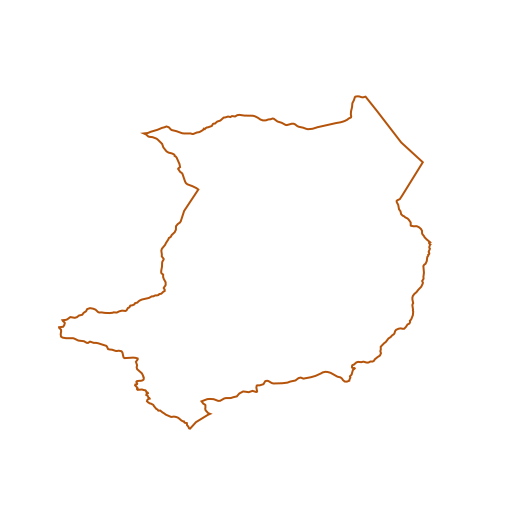 outline of Chambo, Chimborazo, Ecuador, rotated 287°
{"feature_id": "8360857B64832470835751", "entity_name": "Chambo", "entity_type": "district", "adm_level": 2, "iso_a3": "ECU", "parent_name": "Ecuador", "parent_adm1": "Chimborazo", "projection": "equal_earth", "projection_center": [-78.546, -1.744], "detail": "fine", "context": "isolated", "style": "outline", "palette": "amber", "viewbox_px": 512, "rotation_deg": 287, "n_neighbors": 0, "source": "geoboundaries", "source_scale": "gbopen_adm2", "svg_char_len": 6069}
<svg xmlns="http://www.w3.org/2000/svg" viewBox="0 0 512 512"><g transform="rotate(287 256 256)"><path d="M397.1,277.1L394.2,272.9L392.4,268.5L392.3,266.4L392.5,263.6L392.1,259.2L392.3,257.6L393.4,254.6L393.5,253.4L393.0,251.6L390.2,247.2L390.0,246.0L390.9,241.7L390.9,237.5L391.1,236.6L392.4,233.1L392.4,231.8L391.0,229.9L390.2,227.9L388.6,225.8L387.7,223.0L387.8,220.3L388.7,217.6L389.2,214.8L389.3,213.4L389.2,211.9L386.9,203.9L386.1,198.8L385.2,196.9L383.3,195.2L382.9,192.6L382.6,191.9L381.4,190.9L381.2,188.5L379.6,186.2L378.9,184.6L375.1,182.3L373.2,179.6L370.6,178.0L370.2,176.8L369.6,176.2L367.4,175.7L364.9,172.3L364.7,171.6L363.5,170.4L362.3,169.9L362.5,168.9L360.9,168.4L358.5,166.2L357.8,165.4L356.8,163.3L354.4,160.4L354.1,159.6L354.0,157.3L352.3,152.0L351.8,149.6L352.1,143.3L351.8,138.5L352.2,137.4L353.6,135.0L353.7,132.5L352.4,130.9L351.0,128.6L347.9,124.9L344.0,119.0L342.0,116.6L340.4,112.9L340.1,115.4L338.8,118.0L338.8,119.2L339.4,122.2L339.2,125.9L338.9,127.4L335.8,133.4L332.7,135.7L329.9,139.8L329.3,142.1L329.5,145.3L329.3,147.3L329.0,148.2L328.6,148.7L327.9,148.9L327.6,150.3L326.8,151.4L321.6,155.9L318.8,157.4L317.0,156.1L316.5,156.1L314.3,158.8L313.6,160.9L313.0,161.7L306.6,166.3L305.2,167.7L304.5,169.4L304.2,174.7L303.5,179.2L302.7,181.4L278.1,174.1L267.3,173.9L265.8,173.5L263.6,171.8L261.1,170.8L257.7,171.7L255.0,171.3L251.5,169.3L249.2,168.8L247.7,167.4L246.2,167.3L242.1,166.1L240.0,165.8L235.5,163.9L233.4,163.9L230.0,165.5L228.1,166.0L226.3,168.5L225.7,168.7L223.1,168.1L222.1,168.2L218.4,169.2L214.1,169.7L212.4,170.2L211.8,170.7L211.1,172.6L208.6,173.4L207.0,174.6L204.5,177.2L202.2,178.0L201.3,178.0L198.7,177.1L198.1,177.3L197.2,178.5L195.8,178.9L194.7,177.8L192.3,176.5L191.3,174.6L190.1,174.1L189.2,172.4L188.9,171.2L187.4,169.6L186.9,168.1L184.6,165.9L181.0,159.6L179.4,157.8L178.3,156.9L176.8,156.2L175.5,154.1L174.1,153.8L172.6,152.0L171.9,150.4L171.2,150.1L170.7,150.2L169.6,149.7L168.8,148.7L166.2,148.1L165.3,147.3L164.6,143.9L163.1,141.4L161.2,139.4L160.5,136.3L159.8,135.5L158.6,132.6L157.4,128.1L156.9,124.7L156.1,122.6L156.2,121.4L157.8,118.2L158.0,115.6L157.6,112.5L155.9,110.1L153.4,109.6L151.3,107.8L149.0,107.0L147.3,104.1L145.2,102.7L143.9,100.8L143.3,96.3L140.1,93.9L139.3,92.8L138.0,89.7L137.4,90.3L136.4,92.5L135.7,92.8L133.6,92.8L131.9,92.2L130.3,88.5L129.8,88.7L128.5,91.1L126.9,91.7L124.1,92.1L122.1,93.0L121.8,93.3L121.4,95.0L121.9,98.6L123.9,105.1L123.9,106.3L123.2,110.8L124.2,116.4L123.5,119.4L123.7,120.7L125.6,122.3L125.5,126.2L126.2,128.6L126.4,130.6L126.3,139.1L125.8,139.9L123.7,141.8L123.8,143.3L124.3,145.7L124.2,149.5L124.4,150.6L125.3,152.4L125.6,155.2L124.6,156.5L120.6,158.8L120.2,159.2L119.9,160.1L122.9,168.2L123.4,170.7L123.4,172.8L122.5,173.1L119.7,172.1L116.8,174.2L114.7,174.4L113.8,174.9L113.0,175.5L110.4,181.2L108.4,183.1L107.4,183.6L107.2,184.1L105.6,184.6L104.7,184.5L103.7,183.6L102.9,182.2L102.5,180.8L101.5,178.7L100.9,178.4L100.6,178.4L99.3,179.7L98.6,179.7L98.2,179.2L97.9,178.2L96.9,178.2L95.4,181.0L94.9,181.4L94.3,181.0L93.8,181.2L93.4,181.9L95.0,186.0L95.0,187.6L95.2,189.6L94.8,190.2L93.8,191.0L93.8,192.1L93.4,192.7L93.1,192.8L92.2,191.7L91.0,191.7L90.6,193.3L89.1,194.6L89.0,195.5L88.5,196.0L87.7,194.8L86.6,194.2L85.2,194.2L84.4,195.9L84.0,197.6L84.1,198.7L83.6,201.2L83.1,201.9L82.6,202.3L80.6,205.4L80.4,206.7L79.7,207.5L79.6,208.0L80.2,209.6L79.1,212.3L78.6,214.3L77.9,216.2L77.3,221.6L77.4,222.3L78.3,224.1L78.6,225.5L78.7,227.2L78.5,229.0L77.0,232.5L76.6,234.0L76.7,235.6L76.0,236.0L75.7,236.7L76.0,238.7L74.1,239.5L73.1,241.1L71.6,242.4L71.6,243.4L79.6,247.2L90.0,256.4L91.6,258.2L91.7,256.3L93.7,252.9L95.0,252.1L96.1,252.0L98.6,251.2L98.9,250.9L99.4,248.7L101.1,246.4L104.9,251.3L105.9,253.9L106.7,257.4L106.4,262.1L107.0,264.0L110.5,267.3L111.4,268.9L112.8,273.4L114.6,276.0L116.1,278.7L119.6,280.2L122.7,283.3L123.2,286.0L123.6,288.8L126.0,292.1L126.0,295.7L126.2,296.4L126.9,296.6L130.3,294.8L132.3,294.6L132.7,295.1L133.4,297.4L135.6,300.6L138.9,301.4L139.4,302.0L140.0,303.4L140.0,304.6L139.1,308.3L139.2,310.0L142.0,318.3L144.1,323.1L145.9,325.4L148.5,330.1L151.7,332.4L152.8,334.3L152.6,337.2L156.1,343.9L158.7,347.9L163.0,352.8L164.1,353.7L165.5,356.1L166.0,358.3L166.1,360.6L166.0,361.9L164.4,369.2L164.6,372.2L164.0,373.9L162.6,375.7L161.9,377.6L162.4,379.6L164.0,381.7L165.0,381.5L167.3,381.8L168.4,381.0L170.5,382.1L175.3,382.0L177.3,383.3L177.6,383.0L177.2,381.5L177.4,380.5L178.8,380.0L179.8,380.1L180.8,381.4L183.6,383.1L184.6,384.6L185.2,387.6L186.3,389.5L186.4,390.3L186.4,392.5L186.6,393.7L187.1,394.8L188.5,396.2L189.2,398.4L189.9,399.1L190.4,399.5L191.9,399.8L195.0,401.9L196.7,403.4L197.4,403.7L199.6,403.9L201.4,402.7L203.0,402.7L205.7,401.8L210.2,404.1L211.6,405.2L215.9,406.8L217.9,408.5L219.6,409.2L221.5,410.7L222.4,411.0L224.9,411.0L226.4,411.6L228.2,413.7L229.1,415.5L229.3,417.7L229.8,419.0L232.0,420.1L234.8,420.9L236.2,422.4L237.9,422.7L239.1,422.1L240.1,422.7L241.2,423.0L245.3,423.3L248.8,422.6L249.6,422.0L250.7,421.8L254.5,420.0L255.5,419.8L256.9,420.1L260.1,418.3L262.0,417.7L263.7,417.7L266.0,418.5L268.3,420.0L271.2,421.1L274.9,423.0L278.2,423.5L279.3,423.4L280.7,422.2L283.2,422.9L285.0,422.2L289.1,421.5L295.3,419.0L296.9,419.4L298.1,420.4L301.0,420.8L305.1,420.1L306.8,420.7L307.5,420.3L308.5,421.0L309.4,420.9L310.4,419.9L313.8,420.2L314.6,419.3L315.2,419.1L317.4,419.1L318.0,419.4L318.7,417.9L319.1,417.7L319.6,417.6L320.1,418.3L321.7,414.5L323.2,411.7L324.0,411.0L325.6,408.7L326.3,408.2L328.6,407.4L330.2,405.7L331.2,403.3L331.5,401.0L330.5,398.0L330.2,395.4L330.5,395.0L333.3,394.1L335.4,391.4L336.2,389.9L336.6,387.4L337.3,385.9L337.4,384.6L338.4,382.6L341.0,381.1L342.5,379.1L346.4,377.1L348.6,374.9L349.4,374.5L349.8,374.4L350.7,374.9L352.4,376.9L356.5,378.1L394.4,388.1L407.0,361.7L429.9,329.5L440.4,314.2L438.9,311.7L438.7,310.1L438.8,308.5L438.5,306.7L437.5,304.5L436.7,304.1L433.8,304.1L430.3,303.5L426.5,304.3L422.0,304.6L419.1,305.3L417.4,306.2L416.3,306.3L414.5,304.4L412.9,303.3L411.1,301.4L409.9,299.8L408.5,297.6L406.6,293.8L397.1,277.1Z" fill="none" stroke="#b45309" stroke-width="2"/></g></svg>